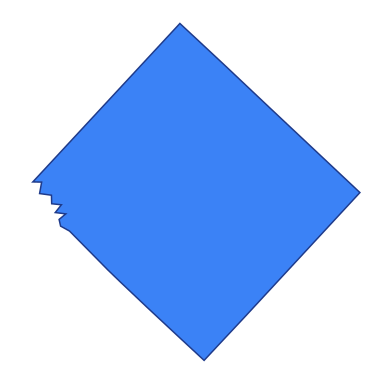 Warren, Iowa, United States of America (Robinson projection), rotated 223°
{"feature_id": "52423323B43281818632829", "entity_name": "Warren", "entity_type": "district", "adm_level": 2, "iso_a3": "USA", "parent_name": "United States of America", "parent_adm1": "Iowa", "projection": "robinson", "projection_center": [-93.528, 41.336], "detail": "fine", "context": "isolated", "style": "filled", "palette": "blue", "viewbox_px": 384, "rotation_deg": 223, "n_neighbors": 0, "source": "geoboundaries", "source_scale": "gbopen_adm2", "svg_char_len": 458}
<svg xmlns="http://www.w3.org/2000/svg" viewBox="0 0 384 384"><g transform="rotate(223 192 192)"><path d="M315.8,307.0L315.3,90.8L308.7,96.7L302.4,86.9L292.6,93.8L286.6,87.7L278.8,93.6L278.0,83.7L269.4,89.9L270.5,81.3L264.8,77.4L255.0,79.9L200.0,77.6L182.3,77.3L146.1,77.0L138.4,77.0L117.7,77.0L99.6,77.0L68.3,77.1L68.3,98.3L68.2,133.8L68.4,191.4L68.8,306.1L192.8,306.6L254.8,307.0L315.8,307.0Z" fill="#3b82f6" stroke="#1e3a8a" stroke-width="1.5"/></g></svg>